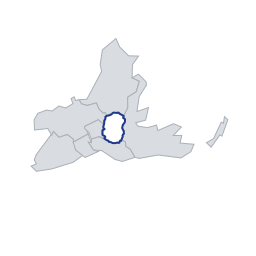 North Macedonia highlighted among its neighbors, rotated 294°
{"feature_id": "MKD", "entity_name": "North Macedonia", "entity_type": "country or territory", "adm_level": 0, "iso_a3": "MKD", "parent_name": "Europe", "parent_adm1": "", "projection": "mercator", "projection_center": [21.64, 41.604], "detail": "fine", "context": "with_neighbors", "style": "outline", "palette": "blue", "viewbox_px": 256, "rotation_deg": 294, "n_neighbors": 7, "source": "natural_earth", "source_scale": "50m", "svg_char_len": 3291}
<svg xmlns="http://www.w3.org/2000/svg" viewBox="0 0 256 256"><g transform="rotate(294 128 128)"><path d="M134.0,71.8L137.5,78.7L168.9,80.9L174.9,76.7L189.0,72.8L204.8,80.6L198.6,87.5L194.2,99.2L198.0,108.4L187.7,106.3L175.5,111.3L175.4,119.3L164.5,120.8L156.0,115.2L146.4,119.6L137.6,119.2L136.7,108.6L130.7,103.4L132.7,101.1L131.4,99.2L133.4,94.0L138.0,88.8L132.1,81.7L131.1,75.6L134.0,71.8Z" fill="#d9dde1" stroke="#a8b0b8" stroke-width="1"/><path d="M177.6,211.5L176.1,215.9L158.8,217.1L158.9,214.7L144.3,211.8L146.5,205.6L153.1,210.5L171.3,210.8L171.1,213.3L177.6,211.5ZM137.6,119.2L146.4,119.6L156.0,115.2L164.5,120.8L175.4,119.3L175.5,111.3L181.4,115.6L177.6,125.6L174.8,127.4L161.2,125.4L146.7,129.5L155.0,138.4L142.3,140.9L135.9,132.9L133.7,136.3L136.3,145.7L142.3,152.9L137.8,156.3L150.4,167.8L150.6,176.4L139.5,172.4L143.1,180.1L135.4,181.7L140.0,194.9L132.0,195.1L122.2,188.6L115.6,166.5L104.8,150.6L104.0,146.2L109.5,138.6L110.3,133.5L114.2,131.2L114.4,127.1L122.2,125.7L126.8,122.2L133.3,122.5L137.6,119.2Z" fill="#d9dde1" stroke="#a8b0b8" stroke-width="1"/><path d="M114.4,127.1L114.2,131.2L110.3,133.5L109.5,138.6L104.0,146.2L95.1,136.4L94.0,128.9L96.7,113.1L93.8,105.4L99.0,97.4L99.8,100.5L103.0,99.0L108.4,105.0L107.7,116.4L109.4,123.2L114.4,127.1Z" fill="#d9dde1" stroke="#a8b0b8" stroke-width="1"/><path d="M84.9,98.0L74.3,91.8L59.7,75.1L51.2,62.0L53.7,55.0L58.0,58.9L60.6,55.4L66.2,55.0L94.6,61.3L91.6,68.7L97.4,75.1L95.6,82.9L86.7,89.0L84.9,98.0Z" fill="#d9dde1" stroke="#a8b0b8" stroke-width="1"/><path d="M88.1,43.4L97.3,38.9L104.8,39.7L111.3,46.4L112.7,51.9L120.0,55.9L120.9,62.9L127.9,67.8L131.7,64.0L134.6,66.1L131.8,68.9L134.0,71.8L131.1,75.6L132.1,81.7L138.0,88.8L133.4,94.0L131.4,99.2L132.7,101.1L130.7,103.4L121.1,104.6L123.5,97.5L111.9,87.8L105.3,95.4L106.2,94.0L92.8,83.7L95.6,82.9L97.4,75.1L91.6,68.7L94.6,61.3L90.3,61.3L94.9,54.9L88.1,43.4Z" fill="#d9dde1" stroke="#a8b0b8" stroke-width="1"/><path d="M106.2,94.0L99.8,100.5L99.0,97.4L93.8,105.4L94.6,110.5L83.6,100.8L86.7,89.0L92.8,83.7L106.2,94.0Z" fill="#d9dde1" stroke="#a8b0b8" stroke-width="1"/><path d="M109.3,110.9L108.4,105.0L103.0,99.0L108.1,94.2L109.8,88.7L111.9,87.8L123.5,97.5L121.1,104.6L111.3,107.7L110.8,111.0L109.3,110.9Z" fill="#d9dde1" stroke="#a8b0b8" stroke-width="1"/><path d="M120.9,104.6L121.6,104.6L123.0,104.2L123.9,103.7L124.4,103.6L125.0,103.3L125.9,103.4L126.8,103.6L127.9,103.3L129.0,102.8L129.5,102.9L130.0,103.4L130.3,103.5L132.1,105.9L133.1,106.9L134.3,107.6L135.7,108.1L136.2,108.7L137.1,111.2L137.5,112.2L138.0,112.5L138.2,113.1L137.6,114.9L137.3,118.9L137.1,119.2L136.5,119.2L135.6,119.3L135.2,119.6L134.8,121.7L133.4,122.3L132.1,122.7L131.0,122.6L129.0,122.1L128.4,122.0L127.8,122.3L126.1,122.5L125.3,122.9L123.5,125.4L121.7,126.2L121.1,126.6L119.7,126.1L119.0,126.0L118.0,126.7L115.9,126.7L115.4,126.8L113.7,126.9L113.7,126.6L113.4,126.1L112.6,125.9L111.1,126.1L110.7,125.7L110.0,123.6L109.5,123.2L109.0,122.5L108.0,120.2L108.0,119.2L108.1,118.3L107.6,116.3L107.9,115.7L108.4,115.4L108.4,114.6L108.2,113.3L108.8,110.8L109.0,110.6L110.5,110.9L110.9,110.6L111.1,110.1L111.2,108.3L111.5,107.4L114.9,105.8L115.9,105.7L116.6,106.5L117.2,107.0L117.6,106.9L117.7,106.5L118.1,105.5L118.8,105.0L120.9,104.6L120.9,104.6Z" fill="none" stroke="#1e3a8a" stroke-width="2"/></g></svg>